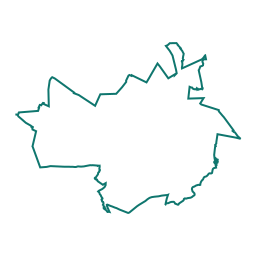 the district of San Ciro de Acosta, San Luis Potosí, Mexico
{"feature_id": "50627088B368213739672", "entity_name": "San Ciro de Acosta", "entity_type": "district", "adm_level": 2, "iso_a3": "MEX", "parent_name": "Mexico", "parent_adm1": "San Luis Potosí", "projection": "orthographic", "projection_center": [-99.855, 21.589], "detail": "fine", "context": "isolated", "style": "outline", "palette": "teal", "viewbox_px": 256, "rotation_deg": 0, "n_neighbors": 0, "source": "geoboundaries", "source_scale": "gbopen_adm2", "svg_char_len": 5688}
<svg xmlns="http://www.w3.org/2000/svg" viewBox="0 0 256 256"><path d="M200.3,184.6L200.3,184.0L200.7,182.6L201.2,181.5L202.2,180.1L202.6,179.9L203.1,179.2L203.3,178.8L203.7,177.8L203.9,177.5L204.5,176.9L205.3,176.7L206.2,176.4L206.8,176.0L207.8,175.0L208.4,174.1L208.9,173.6L209.5,173.3L210.3,173.3L210.9,173.5L211.3,173.4L212.0,173.0L212.1,172.7L212.6,169.9L212.9,169.0L213.6,168.3L214.3,168.0L216.1,167.6L215.7,165.5L215.9,165.5L216.5,165.3L216.5,163.8L216.1,163.2L215.5,163.5L215.2,163.7L214.2,162.5L214.2,161.9L214.7,161.1L215.0,161.1L214.9,161.5L215.0,161.8L215.4,161.8L215.5,161.7L215.6,161.3L215.9,161.6L216.3,162.5L216.7,162.8L217.1,162.8L217.5,162.6L217.6,162.2L217.6,161.9L217.8,161.4L217.5,160.6L217.7,159.6L217.2,159.4L216.6,159.3L216.1,159.1L215.9,159.3L215.8,159.9L215.6,160.1L215.4,160.2L215.2,160.1L215.1,159.8L215.1,159.6L215.0,159.4L214.9,159.3L214.7,159.1L214.7,158.8L214.6,158.6L214.6,158.3L215.2,158.4L215.5,158.1L215.3,157.9L215.0,157.7L214.7,157.7L214.5,157.8L214.3,156.2L214.2,155.1L214.2,154.4L214.3,153.8L215.1,146.8L215.4,146.6L215.6,146.2L215.8,146.1L215.7,145.8L215.2,145.4L215.2,145.1L215.4,145.1L215.5,144.6L216.0,143.9L216.3,143.4L216.3,143.2L216.3,142.3L217.5,134.2L234.1,137.3L236.1,137.7L240.6,138.8L237.7,136.2L234.9,132.3L234.0,132.1L232.7,131.0L233.6,130.4L223.8,117.1L222.7,115.9L218.8,111.3L218.8,110.1L201.3,104.5L200.2,103.5L203.6,98.1L188.3,98.6L189.6,86.8L191.2,87.5L192.0,87.5L192.7,88.3L192.8,88.6L193.8,89.1L194.3,89.1L195.1,89.4L196.9,88.8L197.2,89.7L197.5,89.5L197.2,88.9L197.3,88.9L197.1,88.5L197.1,88.4L197.4,88.6L197.8,88.7L198.4,89.7L198.5,89.7L199.2,89.3L199.3,89.2L200.1,89.2L200.7,88.9L200.9,88.9L201.6,88.9L202.2,89.3L202.5,89.0L202.5,88.7L202.6,88.3L202.8,88.2L203.4,88.0L202.3,88.0L202.2,87.8L201.3,82.0L198.7,70.2L199.1,69.7L200.3,66.5L202.4,65.8L203.0,65.3L203.2,63.5L202.5,62.1L202.4,61.4L203.3,59.5L203.4,59.4L206.0,59.3L205.2,55.4L205.0,55.5L203.5,57.7L201.9,59.3L202.0,59.4L201.9,59.6L201.5,59.5L182.0,68.4L181.9,67.4L182.2,66.0L182.4,64.2L182.3,62.6L181.8,61.3L181.9,61.0L182.3,61.0L182.6,61.1L182.8,60.9L183.4,59.9L183.1,59.8L182.8,58.3L183.1,56.9L183.1,56.3L183.4,55.4L183.7,53.7L183.0,52.5L182.3,51.0L180.3,48.5L180.7,48.2L177.8,45.1L177.9,44.9L176.5,43.1L169.8,43.2L167.6,45.2L165.9,45.9L169.7,50.8L172.5,55.5L176.0,69.6L176.7,73.3L174.7,75.3L174.7,74.4L168.3,78.3L159.9,66.5L157.5,63.5L150.9,74.9L149.6,77.2L146.5,82.4L131.7,75.2L131.5,75.9L129.4,75.0L128.5,75.6L126.1,80.6L126.2,81.9L122.0,87.3L116.2,93.8L100.3,94.3L95.1,105.8L78.7,95.0L73.9,93.2L74.2,92.6L54.7,78.4L52.2,77.2L50.9,78.5L49.7,80.6L48.4,89.6L48.8,106.3L43.9,104.1L43.8,103.0L43.0,102.9L41.2,105.3L40.2,104.9L39.8,104.9L38.7,107.4L38.6,107.6L39.1,107.8L38.1,110.9L18.2,112.5L18.8,112.6L18.8,112.9L18.6,113.0L18.4,113.9L17.8,114.7L15.4,114.4L17.1,114.7L17.8,115.3L18.4,116.4L25.8,122.8L30.7,125.6L30.9,125.9L31.0,125.9L31.2,126.0L31.7,126.4L32.4,126.8L32.2,127.0L32.8,127.1L32.8,127.3L32.2,127.7L32.2,128.0L32.5,128.8L32.5,129.5L36.1,131.2L32.5,146.4L32.6,146.5L40.2,167.4L46.7,166.9L50.4,166.1L63.6,166.7L72.8,166.8L74.6,167.0L76.0,167.0L77.5,166.5L78.2,166.4L79.3,166.5L80.0,166.5L80.5,166.6L81.3,166.6L83.9,166.4L86.4,165.9L90.1,165.2L91.8,165.3L92.5,165.2L94.1,165.3L97.9,165.6L97.9,165.8L98.2,165.7L99.5,165.7L99.4,166.1L99.7,166.6L99.3,169.0L99.8,169.6L99.9,169.9L99.8,170.6L99.3,170.9L99.2,171.4L99.2,171.8L99.0,172.1L98.6,172.3L98.3,172.6L98.1,173.1L98.1,173.8L97.9,174.4L97.0,175.7L96.4,176.5L96.0,177.2L95.7,177.5L95.2,177.6L94.8,178.0L94.8,178.5L95.3,179.1L95.6,179.2L95.9,179.4L96.1,179.6L96.3,179.7L96.5,179.5L96.6,179.4L97.0,179.6L97.2,180.0L97.3,180.6L97.6,180.8L97.7,181.0L97.8,181.3L98.0,181.4L102.9,184.8L103.6,184.3L105.7,183.1L105.6,185.2L104.5,187.2L102.3,189.0L99.0,190.7L98.7,190.9L98.1,191.5L98.8,192.1L99.2,192.4L99.4,192.9L99.8,194.2L100.1,194.6L100.4,194.8L100.7,195.2L100.9,195.5L101.0,196.1L101.5,196.8L101.7,197.4L101.9,197.6L102.1,197.8L102.4,198.1L102.5,198.3L102.5,198.5L102.4,198.8L101.6,199.3L101.5,199.5L101.5,199.8L101.9,200.3L102.1,201.4L102.2,201.6L102.9,201.8L103.1,201.9L103.3,202.3L103.5,203.8L103.5,204.0L103.4,204.2L103.0,204.5L102.9,204.8L103.2,205.0L103.4,205.3L103.5,205.5L103.6,206.2L103.8,206.5L104.3,206.6L104.5,206.7L104.7,207.1L104.6,207.3L103.8,207.5L103.6,207.8L103.7,208.2L105.1,208.4L105.2,208.5L104.7,208.9L104.6,209.2L104.8,209.3L105.3,209.6L106.0,210.1L106.3,210.4L107.4,211.9L107.6,212.0L107.9,212.0L108.8,211.7L109.5,211.9L107.7,207.9L107.1,206.3L106.8,205.0L106.8,204.8L107.1,204.7L107.6,204.7L110.7,206.0L112.2,206.5L114.9,207.6L116.5,208.1L119.6,209.6L128.0,212.9L128.5,212.9L129.5,212.4L137.1,206.2L139.3,204.7L145.4,201.0L147.4,199.3L149.2,198.1L150.0,197.7L151.8,197.1L154.6,196.7L158.6,196.3L161.8,195.6L165.3,195.2L167.5,195.0L168.0,194.8L166.7,198.8L165.7,203.3L165.7,203.8L165.5,204.2L165.6,204.3L165.8,203.9L166.1,203.6L166.7,203.2L167.9,203.2L168.5,203.1L169.2,202.7L170.3,202.2L171.5,201.9L173.4,201.8L173.9,201.9L174.4,202.4L174.8,203.0L175.1,203.6L175.4,203.8L175.8,203.8L177.5,204.6L178.0,204.7L178.4,204.6L178.6,204.3L178.8,203.8L179.3,203.3L183.2,200.7L183.6,200.2L183.8,199.8L183.8,199.3L183.9,199.0L184.4,198.6L184.8,198.4L185.1,198.4L185.5,198.6L186.3,198.5L186.7,198.5L187.3,198.2L187.8,198.1L189.9,197.8L190.6,197.7L191.4,197.3L192.0,197.0L193.2,196.0L194.2,195.4L194.4,195.2L194.6,194.8L194.6,194.5L194.6,194.1L194.4,193.3L194.1,193.0L193.3,192.1L192.8,191.7L192.6,191.5L192.4,191.0L192.3,190.3L192.0,189.6L191.9,189.2L192.0,188.3L192.4,187.6L192.7,187.2L193.7,186.7L194.3,186.6L195.9,185.6L196.6,185.3L197.2,185.2L198.0,184.9L198.5,184.9L199.1,184.9L199.5,185.0L199.9,185.0L200.1,184.9L200.3,184.8L200.3,184.6Z" fill="none" stroke="#0f766e" stroke-width="2"/></svg>